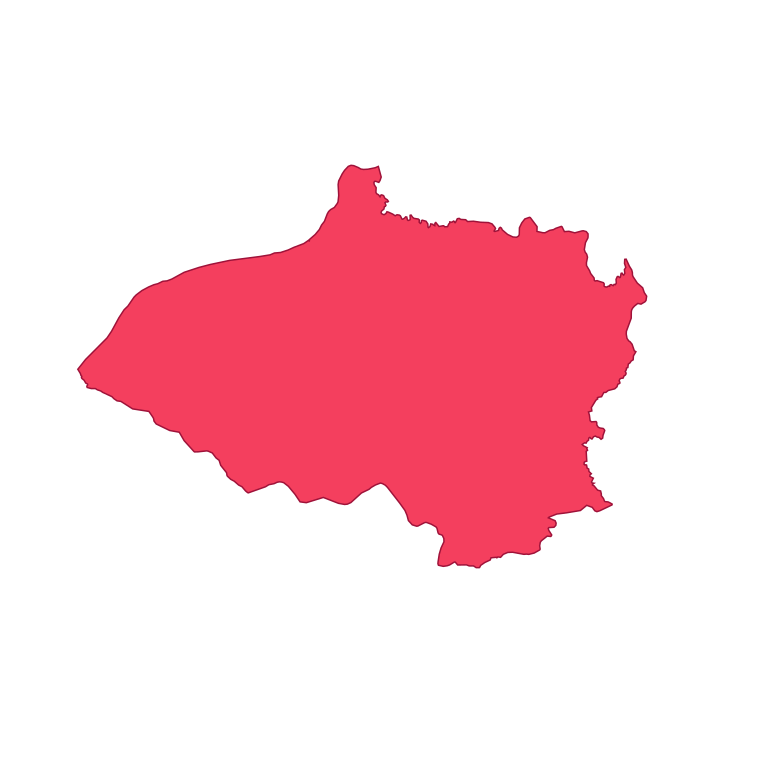 Alas, Manufahi, East Timor (Mercator projection), rotated 157°
{"feature_id": "22284137B36199594403094", "entity_name": "Alas", "entity_type": "district", "adm_level": 2, "iso_a3": "TLS", "parent_name": "East Timor", "parent_adm1": "Manufahi", "projection": "mercator", "projection_center": [125.842, -9.043], "detail": "fine", "context": "isolated", "style": "filled", "palette": "rose", "viewbox_px": 768, "rotation_deg": 157, "n_neighbors": 0, "source": "geoboundaries", "source_scale": "gbopen_adm2", "svg_char_len": 6159}
<svg xmlns="http://www.w3.org/2000/svg" viewBox="0 0 768 768"><g transform="rotate(157 384 384)"><path d="M660.1,517.2L659.4,512.3L659.6,510.2L659.2,509.2L660.0,508.1L659.9,507.1L658.6,504.6L658.2,501.4L656.9,499.9L657.1,499.0L658.4,498.1L658.6,496.8L655.3,494.2L651.5,492.6L650.1,490.6L647.5,488.3L646.2,486.2L639.4,478.7L638.3,475.9L636.3,472.8L633.0,470.8L625.1,459.3L611.1,450.6L609.8,444.1L609.6,442.3L610.2,439.7L609.3,436.2L599.4,424.9L591.3,419.6L590.1,409.9L585.3,396.1L584.9,395.5L581.6,394.2L573.3,391.7L572.0,390.8L569.0,387.6L567.5,381.6L565.6,378.2L566.1,372.9L563.6,363.9L564.3,360.9L564.0,359.9L562.3,356.1L559.8,353.0L557.3,347.8L554.9,345.0L553.2,339.6L552.0,337.3L551.4,336.8L533.2,335.7L529.4,336.3L524.1,335.2L520.7,335.3L518.5,334.8L516.8,333.9L514.9,332.4L512.0,327.2L509.0,317.2L507.3,308.3L501.9,305.1L484.2,303.3L472.6,292.0L467.3,288.5L464.6,287.7L460.8,287.8L447.3,292.5L438.9,292.9L436.0,293.8L431.3,294.4L426.0,294.2L424.4,293.0L422.3,290.3L421.2,287.5L416.1,268.3L414.1,259.4L414.1,254.3L414.9,248.7L413.0,243.3L409.6,240.4L408.3,240.0L401.3,240.5L399.9,240.4L398.8,239.8L395.3,236.5L392.0,232.2L391.6,230.5L392.4,225.8L392.0,224.3L389.8,222.5L389.4,221.5L389.3,218.3L390.5,215.3L395.5,210.8L399.6,205.8L403.7,199.2L404.6,197.5L404.7,195.9L400.7,193.0L396.9,192.0L394.4,191.8L388.8,192.6L388.0,192.2L386.9,188.6L378.8,185.3L376.7,183.3L372.7,181.6L370.9,178.9L368.5,177.9L367.8,177.7L365.8,179.3L360.9,180.3L355.0,180.5L353.4,182.2L348.3,180.6L348.0,179.9L346.9,180.3L346.2,180.0L344.4,178.9L340.7,180.6L335.9,180.6L331.4,178.9L321.7,172.5L319.4,171.8L317.3,170.6L311.8,169.7L305.5,170.4L304.8,171.0L303.9,174.3L302.0,177.2L300.4,178.2L293.2,180.2L290.1,178.5L289.3,178.8L288.6,179.5L289.5,184.9L289.2,187.0L288.4,187.4L283.5,185.7L281.1,186.7L279.9,188.7L279.9,191.3L285.0,196.6L284.0,197.0L275.8,196.8L266.3,194.1L252.6,190.8L244.8,193.1L240.5,189.1L239.5,184.9L237.9,183.3L234.9,183.0L221.4,183.6L220.9,184.3L222.3,186.2L223.8,187.9L226.5,189.4L226.8,190.0L226.7,192.8L227.6,196.3L226.9,197.9L226.4,200.9L228.9,202.9L230.4,208.1L231.6,209.6L231.1,210.3L229.5,210.6L231.1,211.6L231.3,212.7L228.1,215.5L230.6,218.5L230.0,219.8L228.2,220.4L229.5,223.4L228.8,225.8L229.9,227.2L229.2,230.2L229.7,230.8L230.6,230.9L231.2,231.9L230.3,233.7L228.8,234.0L227.5,233.7L224.2,243.0L222.5,243.5L222.6,245.3L221.8,245.9L224.6,249.3L225.2,250.9L222.4,251.5L221.1,250.6L219.5,251.9L217.7,252.3L216.6,254.2L215.4,254.4L214.6,252.5L214.0,252.1L211.7,253.6L209.8,253.5L208.6,251.9L206.9,250.8L205.8,248.3L203.9,248.7L202.4,251.2L199.0,254.9L199.0,255.9L199.6,257.4L202.2,259.0L203.6,260.4L204.1,263.0L203.2,265.6L203.5,266.6L207.8,268.1L208.6,269.7L207.1,275.0L206.7,278.4L203.2,278.0L202.3,281.3L195.3,286.3L193.1,286.8L193.1,287.8L192.2,288.1L188.7,287.3L185.0,290.3L183.0,289.6L180.1,290.4L173.5,289.4L170.6,290.4L168.9,292.4L166.7,292.5L166.2,293.4L166.3,295.1L165.0,296.4L163.7,296.6L161.6,296.0L159.9,297.6L158.3,297.9L157.3,298.7L156.9,299.5L157.0,301.3L155.4,302.4L154.6,303.9L153.1,303.9L151.3,306.9L149.4,307.3L147.4,308.6L145.2,308.9L143.4,312.4L139.5,315.3L140.6,316.8L140.1,323.7L141.0,326.8L141.9,328.1L142.5,331.0L141.5,335.3L140.3,337.8L130.7,348.0L128.1,353.9L127.0,355.5L125.3,356.8L122.9,357.9L118.9,359.0L116.2,357.1L111.7,357.7L110.2,358.5L107.9,362.2L108.7,366.4L108.3,371.5L111.4,377.9L112.8,385.5L112.7,387.2L111.8,389.6L111.4,392.2L112.1,396.6L112.3,404.3L113.7,404.7L115.5,401.0L115.9,396.8L118.0,395.4L119.1,391.8L120.8,390.6L121.4,391.6L121.6,393.1L122.5,393.2L124.7,390.0L125.3,389.8L126.5,391.6L127.3,391.7L129.5,389.7L130.8,386.0L132.3,385.1L133.2,385.8L134.7,385.0L136.0,386.7L136.8,386.9L138.1,386.5L138.2,385.8L139.5,386.4L140.9,386.2L141.8,386.6L143.0,387.6L143.1,388.3L142.2,390.1L142.4,391.5L147.5,395.9L149.4,396.3L149.9,397.3L149.2,399.5L150.6,405.0L150.5,407.9L151.3,413.9L150.3,416.5L147.1,421.2L146.7,424.3L147.3,426.8L147.1,429.4L143.3,435.4L139.2,438.8L138.6,439.9L137.5,442.5L138.3,445.3L140.7,447.2L142.1,447.6L149.3,448.6L154.1,452.3L158.4,453.8L158.7,459.2L159.2,459.8L165.0,460.2L167.7,459.9L171.5,460.7L176.7,460.3L178.7,461.2L183.6,464.7L181.6,469.0L184.3,480.0L185.0,480.6L189.9,480.9L194.3,478.4L198.3,474.9L201.1,468.7L202.4,467.6L204.7,467.3L207.9,469.0L211.8,473.4L214.9,479.6L215.0,481.7L215.8,482.8L217.3,482.3L218.6,480.6L222.4,481.1L222.9,481.8L220.6,483.5L220.7,485.0L222.0,489.2L224.8,491.8L231.8,495.1L238.1,498.9L243.6,500.9L244.6,503.3L249.0,505.5L250.1,507.1L251.9,507.5L255.2,504.7L255.8,505.0L255.8,506.2L256.3,506.8L258.3,506.4L260.1,507.5L260.5,506.6L262.0,505.9L264.0,504.0L266.7,505.0L267.2,506.3L267.8,506.6L271.8,507.5L273.2,512.4L274.3,512.1L275.4,509.9L276.4,511.0L276.6,511.9L278.4,513.1L280.2,510.9L282.0,510.6L282.2,511.3L281.1,514.2L281.7,517.4L284.7,519.8L285.7,519.8L286.7,518.0L287.8,517.6L288.4,519.1L287.4,521.3L287.9,522.4L291.7,524.8L292.5,526.3L293.1,529.0L294.1,529.1L295.5,525.4L296.2,524.9L297.9,525.1L298.3,525.9L297.8,528.8L298.7,529.4L300.5,528.6L302.5,528.4L303.0,528.8L303.2,532.3L303.9,533.5L305.9,534.7L308.0,534.5L309.6,537.0L312.8,540.5L314.0,541.4L315.5,540.2L317.4,539.8L318.2,540.1L319.7,541.8L319.7,543.0L318.6,544.2L315.8,545.0L314.3,547.1L313.3,547.0L312.4,547.7L312.3,550.5L311.4,550.9L309.4,550.1L308.6,550.4L309.0,552.3L310.6,554.6L310.8,557.6L312.2,559.0L313.1,559.1L314.5,557.9L315.1,560.3L316.4,562.0L316.6,563.5L314.5,567.8L315.1,571.1L314.7,573.2L313.6,574.2L312.4,573.8L310.0,571.6L308.2,572.8L305.7,575.6L304.2,586.5L307.6,586.5L314.9,588.0L319.0,589.5L321.3,590.9L323.0,593.2L326.5,596.8L328.9,598.2L331.8,598.3L336.8,596.1L340.3,593.8L346.4,588.6L348.3,585.5L352.0,575.3L355.1,569.7L356.4,568.5L360.7,565.9L365.0,565.4L367.6,564.4L369.8,562.7L375.3,557.0L379.4,554.7L383.1,551.5L388.9,548.5L396.6,546.0L396.9,545.5L396.5,544.4L397.6,545.7L402.9,544.6L413.5,545.0L420.0,544.8L427.9,545.5L433.7,547.4L438.4,547.4L448.6,549.9L477.8,558.1L497.2,561.9L508.8,563.6L524.3,564.9L538.4,563.5L543.4,563.7L547.5,565.0L553.0,564.7L557.0,565.3L562.7,565.3L570.3,564.6L577.1,562.9L580.2,561.6L589.3,555.8L594.2,553.9L602.1,548.6L614.2,539.0L621.0,534.6L649.1,523.2L660.1,517.2Z" fill="#f43f5e" stroke="#9f1239" stroke-width="1.5"/></g></svg>